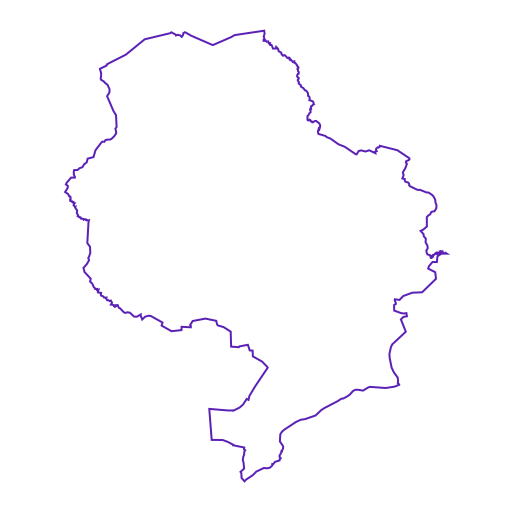 outline of Kalsnavas pag., Madona, Latvia
{"feature_id": "27541924B10280579441217", "entity_name": "Kalsnavas pag.", "entity_type": "district", "adm_level": 2, "iso_a3": "LVA", "parent_name": "Latvia", "parent_adm1": "Madona", "projection": "orthographic", "projection_center": [25.941, 56.721], "detail": "fine", "context": "isolated", "style": "outline", "palette": "violet", "viewbox_px": 512, "rotation_deg": 0, "n_neighbors": 0, "source": "geoboundaries", "source_scale": "gbopen_adm2", "svg_char_len": 5944}
<svg xmlns="http://www.w3.org/2000/svg" viewBox="0 0 512 512"><path d="M93.9,287.3L94.9,288.1L95.2,289.0L97.0,288.9L97.0,289.8L98.6,289.5L97.8,291.7L97.9,292.4L101.1,292.9L100.8,294.9L101.2,295.6L103.6,296.6L104.1,297.6L106.5,297.6L106.2,298.7L107.1,300.2L108.5,300.2L109.6,301.1L110.9,300.6L112.0,302.7L110.9,304.6L113.7,305.0L113.9,306.1L114.9,306.9L116.2,306.0L116.0,305.2L117.7,305.1L118.8,307.8L119.9,308.2L124.1,312.5L125.5,312.9L127.3,312.3L129.9,312.7L134.1,316.6L136.9,316.7L140.7,314.5L140.6,315.4L142.2,319.5L145.0,316.8L148.1,315.8L150.6,315.9L162.5,322.5L161.6,325.6L171.5,331.2L181.5,330.1L181.6,326.8L190.8,327.3L190.9,326.1L190.1,325.1L192.7,321.0L205.4,318.6L216.2,320.8L217.1,324.5L218.1,325.5L223.6,327.1L230.7,331.6L231.1,346.6L238.8,347.2L239.4,346.4L247.9,344.8L249.7,350.4L252.6,350.6L252.9,356.4L262.1,361.6L267.1,366.7L267.7,367.7L255.3,386.1L249.4,395.9L248.5,399.9L246.7,398.9L243.0,404.6L239.7,407.5L233.3,410.7L233.2,410.4L228.5,410.5L209.3,408.9L209.3,409.2L211.7,439.9L222.7,440.0L227.8,441.9L233.3,444.8L233.2,445.3L244.2,447.5L244.0,449.2L245.2,450.2L244.3,451.6L244.1,454.6L243.2,457.1L242.8,460.2L243.5,462.2L244.1,468.6L240.5,471.9L241.3,472.9L241.6,478.0L244.5,481.3L246.1,479.6L253.0,475.0L256.3,471.6L263.8,468.0L267.1,468.3L269.6,467.8L271.8,466.1L272.1,465.6L272.3,464.0L273.2,464.2L275.1,461.8L279.5,460.5L279.7,459.2L280.7,458.3L279.7,457.2L279.5,455.7L281.9,451.5L281.4,451.1L282.7,449.4L283.1,448.2L283.2,446.7L282.6,445.4L279.9,441.5L280.3,434.3L282.1,431.5L284.7,429.4L295.9,422.0L300.9,419.7L305.1,419.1L315.5,415.5L321.4,410.0L324.5,408.0L337.6,401.2L341.4,398.7L343.3,398.5L347.2,396.4L349.8,394.6L352.9,391.1L355.0,389.9L357.6,389.7L363.0,390.6L368.5,387.3L370.3,386.9L385.7,388.0L394.7,386.6L399.2,384.8L399.2,384.4L397.8,383.2L398.1,381.1L397.7,377.6L393.9,372.4L391.6,367.6L389.7,358.0L389.4,354.2L390.9,347.2L392.2,344.4L405.8,331.7L400.9,319.4L403.4,316.9L406.9,316.3L406.4,313.1L404.3,313.5L401.4,313.2L394.2,310.6L394.1,305.0L395.9,303.9L395.6,302.3L394.7,300.4L394.9,299.3L399.5,299.9L403.3,296.0L412.3,292.7L422.1,292.3L436.0,278.8L435.2,272.2L428.2,268.6L428.8,266.4L432.5,262.0L436.8,262.1L437.5,256.2L441.5,253.7L446.9,253.7L445.5,252.8L445.0,253.5L443.0,252.8L442.6,251.6L441.9,252.3L441.1,251.1L440.4,251.1L440.0,251.3L440.9,252.5L439.0,253.0L438.0,252.6L437.8,253.4L436.3,252.6L435.6,253.2L436.1,253.9L434.9,253.8L434.3,254.8L433.0,254.9L432.8,255.4L433.0,256.3L431.5,255.9L431.0,256.4L431.7,256.8L432.0,257.6L431.5,258.0L430.7,257.8L430.2,255.3L427.4,254.4L426.7,252.8L426.3,250.6L427.5,248.8L427.7,247.2L427.3,245.4L425.6,242.4L425.8,238.6L423.8,236.3L423.5,234.1L420.6,230.9L423.4,229.5L426.9,226.5L426.8,217.1L428.6,215.2L430.1,214.4L431.4,211.9L434.5,211.2L436.3,208.3L436.5,205.2L435.5,202.7L435.3,200.3L434.7,198.6L433.3,196.2L432.2,195.0L428.7,192.6L426.4,192.4L420.2,189.9L417.6,189.9L409.3,185.9L409.1,186.2L409.3,184.6L408.9,183.3L408.0,182.5L405.4,181.7L404.9,180.9L404.7,179.0L402.4,178.5L403.6,175.1L402.9,172.9L403.0,172.1L405.2,168.4L406.8,164.2L406.8,163.6L405.9,162.7L406.2,161.2L408.8,160.1L409.5,159.1L409.3,158.2L397.3,150.2L379.8,145.8L379.6,146.9L378.7,147.5L377.8,147.3L376.2,148.6L376.0,149.7L376.7,151.2L375.1,151.7L375.4,153.2L369.3,150.3L365.4,151.5L361.3,150.4L358.7,151.0L356.6,154.4L355.7,154.2L344.8,146.8L338.5,144.3L330.5,138.6L327.1,137.3L325.2,135.9L318.4,133.9L317.9,131.9L318.1,130.6L319.2,130.1L319.3,129.7L318.6,129.2L319.0,127.8L319.9,127.8L320.2,125.3L319.3,123.4L316.2,121.0L315.1,120.9L312.7,122.4L312.2,122.3L311.8,121.4L310.5,121.2L310.4,120.2L309.4,119.6L308.3,120.4L307.7,120.2L307.4,119.4L307.5,116.0L308.3,115.4L309.5,113.2L310.6,112.2L310.5,110.4L310.0,109.7L310.4,108.8L311.1,108.8L310.9,106.9L311.3,106.1L312.0,106.0L312.6,105.0L314.0,104.2L313.5,103.3L313.4,102.2L312.5,101.2L309.4,100.2L309.7,99.1L309.5,97.2L309.0,96.4L308.0,95.8L308.1,93.8L307.3,92.0L306.1,90.6L304.8,90.2L303.4,88.1L301.2,86.9L300.9,86.3L300.9,85.3L298.7,83.5L299.0,82.3L297.8,80.5L297.9,79.5L298.6,78.9L298.7,77.8L297.3,76.8L297.0,75.9L297.8,73.9L298.7,73.7L298.8,72.1L298.0,71.1L298.0,70.0L297.4,69.0L298.4,67.9L298.0,67.3L298.1,66.7L297.4,66.4L296.9,65.0L295.3,63.0L294.4,62.8L294.3,61.3L292.8,61.9L291.2,60.0L290.4,60.1L290.5,59.3L289.7,58.2L289.2,58.7L288.7,57.6L287.4,58.0L285.3,55.6L284.7,55.2L283.0,55.7L282.6,54.8L281.7,54.6L281.1,52.5L278.7,51.3L278.1,48.9L276.2,46.9L276.0,47.9L276.3,48.5L272.9,48.5L271.9,45.6L271.5,45.0L270.1,45.0L269.5,44.1L269.9,43.9L270.1,43.1L268.6,43.0L268.2,41.4L266.6,41.7L265.5,40.3L264.7,40.9L263.6,40.9L263.6,39.5L264.3,38.9L264.3,37.9L263.7,36.7L264.6,33.7L264.2,30.7L234.6,35.1L231.2,37.1L212.8,45.1L191.4,35.8L185.0,32.2L183.4,33.1L183.0,35.1L181.7,36.9L180.2,35.4L177.5,34.8L176.0,35.5L175.6,34.6L171.4,32.3L170.2,33.2L144.7,39.3L125.8,54.7L109.2,63.1L106.8,64.5L106.6,65.6L99.9,68.8L101.1,73.1L101.1,75.9L100.7,78.4L100.9,79.6L103.9,81.5L104.7,82.6L107.5,84.8L109.5,89.1L109.5,92.2L107.1,96.2L113.5,111.1L116.0,115.1L116.6,126.9L115.4,128.8L116.1,131.6L116.2,133.3L114.2,136.3L111.7,138.7L110.2,139.5L106.8,139.7L105.4,140.2L104.4,141.8L102.6,141.6L101.7,142.1L95.5,150.2L93.5,157.1L87.7,158.6L86.6,162.5L84.2,164.2L82.4,167.2L79.5,168.2L77.5,170.0L74.1,170.1L73.8,171.4L73.8,174.5L74.9,176.9L74.9,177.6L71.1,177.6L66.5,183.0L65.9,184.5L67.7,185.7L67.9,186.4L67.5,188.2L65.1,192.0L68.0,194.0L68.9,195.7L69.8,196.3L69.6,196.6L70.6,197.2L70.5,198.5L70.7,199.1L70.1,199.6L70.3,201.0L71.9,201.2L72.2,202.0L73.5,201.9L73.7,202.5L73.5,202.8L74.6,203.2L74.1,203.6L73.6,205.4L74.4,205.9L75.0,207.2L75.4,207.0L75.2,207.7L77.2,210.5L76.8,213.0L78.1,215.3L77.7,216.1L78.8,216.6L78.9,217.0L80.4,217.3L80.4,217.9L81.5,218.4L81.4,218.7L83.1,218.9L83.6,219.7L84.3,219.2L86.2,220.1L86.3,219.6L88.1,220.6L88.9,220.3L88.5,222.2L87.3,243.1L90.0,246.7L90.3,252.8L89.1,256.5L88.3,257.9L89.0,260.3L86.9,264.0L83.5,267.9L84.5,272.0L90.7,278.7L90.1,281.6L92.1,283.4L93.9,287.3Z" fill="none" stroke="#5b21b6" stroke-width="2"/></svg>